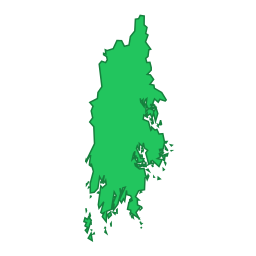 Conamara North Lea-4, Galway, Ireland (Natural Earth projection), rotated 270°
{"feature_id": "5873133B12097804140145", "entity_name": "Conamara North Lea-4", "entity_type": "district", "adm_level": 2, "iso_a3": "IRL", "parent_name": "Ireland", "parent_adm1": "Galway", "projection": "natural_earth1", "projection_center": [-9.915, 53.454], "detail": "fine", "context": "isolated", "style": "filled", "palette": "green", "viewbox_px": 256, "rotation_deg": 270, "n_neighbors": 0, "source": "geoboundaries", "source_scale": "gbopen_adm2", "svg_char_len": 5843}
<svg xmlns="http://www.w3.org/2000/svg" viewBox="0 0 256 256"><g transform="rotate(270 128 128)"><path d="M215.3,121.6L215.5,117.0L207.3,113.2L205.4,107.1L206.2,105.3L202.1,105.9L202.7,103.6L201.3,103.6L199.4,106.6L196.2,107.3L193.4,105.6L194.8,101.6L191.9,99.2L169.3,101.9L163.6,98.0L157.5,97.4L153.6,89.8L149.8,93.0L145.1,91.2L138.2,92.7L134.0,89.7L129.3,93.8L112.3,94.5L96.1,86.7L94.7,86.8L100.6,89.6L100.4,90.6L91.1,89.3L90.0,90.7L92.5,91.2L84.6,93.4L72.6,90.2L63.1,90.3L63.7,94.2L67.7,97.9L79.2,99.6L72.2,103.4L76.0,102.5L80.8,104.3L75.7,103.3L73.6,104.9L75.5,105.7L71.6,106.3L68.1,102.4L70.0,100.8L51.3,98.3L47.8,99.0L54.2,103.8L43.5,100.8L42.4,102.5L43.4,104.1L39.3,102.3L34.3,106.2L44.7,106.7L46.6,111.4L64.0,114.2L60.4,116.2L51.0,112.1L46.3,112.0L52.5,114.1L46.0,113.6L51.8,117.8L62.8,120.7L67.8,119.9L63.4,121.8L68.1,122.8L68.8,125.2L56.4,119.5L53.2,121.5L57.1,123.4L54.9,124.7L65.6,126.5L61.4,126.9L60.3,130.6L58.0,131.7L56.3,129.7L55.1,129.7L57.0,131.5L55.6,132.2L53.7,128.9L46.7,127.5L45.8,130.7L43.2,130.8L37.7,138.9L43.6,136.0L49.6,140.7L51.1,137.5L56.0,137.3L56.0,139.0L59.3,135.5L65.3,138.7L66.3,144.5L78.1,145.0L78.8,146.3L76.3,147.2L80.0,148.8L81.2,148.1L79.3,147.5L80.3,145.7L87.6,144.0L87.1,139.4L90.2,135.4L93.2,134.6L91.3,135.9L93.5,137.4L99.3,133.8L98.1,133.9L96.4,132.2L102.4,133.6L104.7,135.0L100.3,134.4L98.9,135.4L100.6,136.0L97.9,136.0L98.1,137.4L93.4,138.0L94.2,142.6L97.3,143.9L97.8,140.6L99.6,140.0L99.2,142.3L101.0,142.1L101.0,139.5L107.7,136.4L110.1,137.3L105.3,139.5L112.5,139.3L109.3,142.6L113.1,143.4L108.2,144.3L105.7,147.7L103.1,145.7L92.8,148.5L92.3,150.5L93.6,150.6L91.9,152.3L94.9,151.0L95.5,152.4L89.5,159.0L96.3,162.1L97.4,157.4L99.1,160.3L102.4,159.3L105.0,163.0L106.4,162.3L105.2,159.8L106.6,159.5L107.0,163.1L113.4,164.4L112.9,166.0L114.5,167.0L114.4,164.4L122.3,162.8L122.0,159.0L126.6,156.9L125.9,155.0L129.0,151.6L126.4,151.5L125.7,150.8L134.5,148.4L136.6,143.2L140.9,143.8L138.3,147.9L141.5,145.6L143.0,147.1L140.2,147.1L142.1,150.3L138.4,152.1L142.8,153.6L134.7,155.5L142.5,157.8L148.2,156.0L144.3,153.8L146.6,152.7L147.4,148.7L144.5,145.9L151.5,146.2L151.2,145.1L151.4,144.4L149.3,144.1L154.2,140.7L157.7,140.2L154.2,140.8L156.4,143.0L152.8,142.5L151.4,145.0L153.5,144.2L156.4,145.5L157.4,146.8L152.0,146.2L148.0,147.6L147.3,149.8L150.1,152.4L151.0,150.5L151.5,150.7L151.3,154.0L152.4,152.7L157.1,154.5L153.8,158.2L156.7,159.8L155.0,165.2L156.1,166.2L163.5,161.7L167.7,154.4L170.9,153.9L171.7,149.9L176.6,153.6L181.1,150.4L181.6,147.2L185.9,151.2L188.5,151.2L193.7,149.9L193.5,146.8L197.6,145.7L199.6,148.0L206.2,148.8L206.8,150.7L214.1,145.5L221.0,148.0L222.5,145.7L228.6,147.0L231.1,144.1L240.0,144.2L240.6,140.2L237.3,138.6L236.8,135.4L225.0,134.8L219.5,130.4L210.9,129.0L209.7,124.4L215.3,121.6ZM33.4,86.5L30.1,85.0L28.3,87.9L25.8,85.3L23.3,87.2L35.7,91.3L39.1,88.6L36.6,87.6L38.2,85.0L34.4,83.9L33.4,86.5ZM93.2,142.7L89.6,140.2L91.6,139.7L91.3,137.0L89.1,137.3L89.0,140.3L90.5,142.7L89.7,143.2L89.5,146.2L92.8,145.9L90.3,143.1L93.2,142.7ZM15.4,92.2L22.8,91.1L17.8,88.2L15.4,92.2ZM100.5,162.5L95.8,163.7L95.5,164.4L100.0,165.0L100.0,167.2L102.4,167.8L100.5,162.5ZM44.0,110.6L41.4,107.6L38.0,108.5L40.9,111.4L44.0,110.6ZM135.8,160.6L131.5,159.4L131.2,160.9L131.8,161.5L135.8,160.6ZM109.4,165.3L106.8,165.4L105.3,167.9L109.4,165.3ZM46.2,116.6L42.0,117.1L46.6,117.1L46.2,116.6ZM76.6,158.0L77.1,160.1L78.7,158.2L76.6,158.0ZM43.3,115.3L43.6,113.2L41.9,115.0L43.3,115.3ZM86.3,146.7L84.8,149.1L86.8,148.0L86.3,146.7ZM150.0,154.1L147.8,153.9L148.9,155.9L150.0,154.1ZM92.9,165.8L94.4,164.3L91.8,165.5L92.9,165.8ZM25.6,105.5L23.9,104.9L22.6,106.6L25.6,105.5ZM136.9,151.5L135.0,153.0L137.8,152.0L136.9,151.5ZM32.1,110.6L29.4,111.2L32.9,111.1L32.1,110.6ZM38.8,89.7L40.2,90.4L42.4,89.8L41.7,89.4L38.8,89.7ZM134.8,152.9L133.3,152.0L132.3,152.6L132.9,153.3L134.8,152.9ZM101.7,161.6L103.2,163.4L103.7,162.6L101.7,161.6ZM45.2,86.5L47.8,85.9L44.8,86.3L45.2,86.5ZM73.2,88.1L72.1,86.5L71.0,86.5L73.2,88.1ZM148.1,153.4L148.5,152.0L147.0,152.0L148.1,153.4ZM86.4,164.2L87.3,163.3L85.9,163.4L86.4,164.2ZM64.5,98.8L63.1,97.6L62.9,98.3L64.5,98.8ZM90.3,152.1L89.1,153.1L90.7,152.7L90.3,152.1ZM110.8,172.1L111.1,170.7L110.2,171.4L110.8,172.1ZM28.9,141.8L28.3,141.1L27.7,140.9L28.9,141.8ZM104.2,141.7L105.2,142.5L105.4,141.8L104.2,141.7ZM73.9,101.5L74.0,100.8L72.6,100.8L73.9,101.5ZM59.4,91.1L60.5,90.6L58.9,90.5L59.4,91.1ZM22.9,94.1L22.0,93.3L22.2,94.3L22.9,94.1ZM32.1,90.4L31.9,91.1L32.7,91.1L32.1,90.4ZM29.2,105.4L28.1,104.9L28.1,105.4L29.2,105.4ZM39.6,133.0L39.1,132.7L38.5,133.2L39.6,133.0ZM41.9,130.6L43.5,130.3L43.0,130.0L42.4,130.1L41.9,130.6ZM108.5,141.4L107.3,141.9L107.5,142.3L108.5,141.4ZM104.9,170.7L105.3,171.4L105.3,171.0L104.9,170.7ZM63.4,140.3L64.0,141.5L64.6,140.7L63.4,140.3ZM48.3,141.7L49.1,142.2L48.8,141.7L48.3,141.7ZM93.8,85.8L95.3,86.2L96.0,86.0L95.3,85.8L93.8,85.8ZM137.1,150.2L136.3,150.2L136.0,151.0L137.1,150.2ZM133.8,151.4L133.0,151.7L133.8,152.0L133.8,151.4ZM46.0,140.1L46.7,140.8L46.5,140.0L46.0,140.1ZM33.7,140.3L33.0,141.0L34.3,140.3L33.7,140.3ZM39.9,132.0L39.4,131.5L38.9,131.8L39.9,132.0ZM68.6,88.9L69.6,88.9L68.4,88.6L68.6,88.9ZM107.4,143.0L106.7,143.2L106.8,143.3L107.4,143.0ZM36.5,139.1L37.6,139.3L37.5,138.9L36.5,139.1ZM91.3,148.1L91.6,148.7L91.9,148.4L91.3,148.1ZM94.4,144.1L94.1,144.7L94.7,144.3L94.4,144.1ZM131.0,158.7L131.4,158.0L130.7,158.4L131.0,158.7ZM26.0,91.4L25.4,91.8L26.0,91.7L26.0,91.4ZM92.3,153.4L92.8,153.7L92.8,153.3L92.3,153.4ZM78.9,154.1L79.3,153.8L78.9,153.8L78.9,154.1ZM59.3,114.7L59.3,114.3L59.0,114.4L59.3,114.7ZM100.0,161.3L100.2,161.8L101.0,161.1L100.0,161.3ZM73.9,88.6L74.7,88.6L73.8,88.4L73.9,88.6ZM105.6,143.3L106.2,142.7L105.1,143.1L105.6,143.3ZM32.3,141.6L32.3,141.0L31.9,141.2L32.3,141.6ZM130.1,157.5L129.6,158.1L130.3,157.9L130.1,157.5ZM42.0,130.3L41.2,130.4L41.3,130.8L42.0,130.3Z" fill="#22c55e" stroke="#15803d" stroke-width="1.5"/></g></svg>